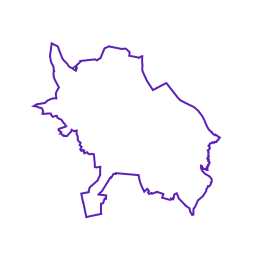 Hamilton City, Waikato, New Zealand (Robinson projection), rotated 349°
{"feature_id": "76426892B9049934298416", "entity_name": "Hamilton City", "entity_type": "district", "adm_level": 2, "iso_a3": "NZL", "parent_name": "New Zealand", "parent_adm1": "Waikato", "projection": "robinson", "projection_center": [175.284, -37.773], "detail": "fine", "context": "isolated", "style": "outline", "palette": "violet", "viewbox_px": 256, "rotation_deg": 349, "n_neighbors": 0, "source": "geoboundaries", "source_scale": "gbopen_adm2", "svg_char_len": 5574}
<svg xmlns="http://www.w3.org/2000/svg" viewBox="0 0 256 256"><g transform="rotate(349 128 128)"><path d="M69.7,192.2L69.9,192.2L70.1,207.5L76.4,207.3L85.3,207.2L85.4,205.1L87.1,197.1L89.2,197.1L91.6,192.8L92.8,193.4L93.7,190.0L86.5,187.7L87.1,187.1L90.2,185.2L90.8,184.7L91.7,183.6L101.4,173.1L102.0,173.6L104.0,171.5L104.0,171.4L104.4,170.9L104.6,170.7L105.2,170.2L107.2,170.8L107.6,170.0L129.4,176.3L129.4,180.3L129.4,181.5L129.5,182.6L129.7,185.0L130.0,186.4L130.6,189.1L131.8,193.6L135.3,191.4L136.6,193.9L135.4,195.0L136.0,196.7L138.7,196.3L139.0,197.1L144.4,196.2L144.5,196.6L144.9,196.6L150.1,199.5L148.2,202.9L155.6,206.6L156.4,206.4L156.8,205.5L157.6,206.3L158.5,206.6L158.7,206.0L158.7,205.8L159.0,205.9L159.3,205.3L159.6,205.4L160.3,203.0L160.9,202.1L162.3,201.6L163.4,201.4L164.4,206.7L164.4,206.8L164.6,207.1L168.2,212.7L168.6,213.3L169.4,214.7L169.5,214.6L170.3,215.9L172.5,217.9L173.0,218.7L173.1,219.6L173.1,221.3L173.0,221.6L174.4,225.6L175.3,225.3L175.7,225.4L176.7,220.2L179.3,217.6L182.8,212.4L188.8,209.0L192.8,204.7L193.2,203.2L194.5,201.8L195.4,200.3L196.3,200.8L196.4,200.6L197.5,200.0L198.0,199.6L198.2,199.3L198.7,198.6L199.3,197.7L199.5,197.3L199.4,197.2L199.6,197.1L199.9,196.5L200.3,195.1L200.3,194.4L200.1,193.6L199.7,192.7L199.4,192.1L198.8,191.1L198.4,190.8L198.4,190.7L197.3,189.7L195.6,188.3L195.0,187.8L194.6,187.3L193.3,185.1L192.6,183.7L192.3,183.0L192.2,182.3L192.1,180.8L192.2,180.2L192.3,179.6L192.5,178.8L192.8,178.9L193.0,179.0L193.4,179.8L193.5,180.3L193.5,180.8L193.6,181.1L193.9,181.6L194.2,182.5L194.5,182.7L195.1,182.8L195.7,182.7L196.2,182.7L196.4,182.9L196.4,183.4L196.7,183.9L197.2,184.3L197.6,184.4L197.8,184.4L197.6,184.1L197.8,183.7L197.7,183.3L197.9,183.2L198.2,183.1L198.3,182.8L198.2,182.4L198.4,182.2L198.2,182.0L198.1,181.8L198.6,181.6L198.6,181.3L198.4,181.2L198.3,180.9L198.7,180.7L199.3,180.6L199.5,180.5L199.5,180.3L199.4,180.2L199.5,179.8L199.9,179.7L199.8,179.3L199.8,179.1L200.0,179.0L200.8,178.7L201.0,178.5L201.1,178.3L201.0,177.9L201.2,177.5L201.3,177.3L201.5,177.2L201.3,176.9L201.3,176.6L201.2,176.5L200.8,176.1L200.4,175.8L200.5,175.7L201.0,175.5L201.0,175.2L201.2,174.9L201.3,174.6L200.8,174.5L200.5,174.1L200.2,174.0L200.2,173.8L200.5,173.3L200.5,173.2L200.2,173.0L200.1,172.8L200.4,172.3L200.5,172.2L200.8,172.3L201.4,172.3L201.6,172.2L201.8,171.6L201.7,171.3L201.6,171.1L201.8,170.9L201.9,170.7L201.6,170.3L201.6,169.9L201.8,169.5L201.8,169.2L202.0,168.9L202.1,168.4L202.2,168.1L202.3,167.8L202.5,167.5L202.6,167.3L202.6,167.1L202.3,167.0L202.1,166.8L202.2,166.4L202.4,166.1L202.4,165.5L202.5,165.3L202.3,165.1L202.6,165.0L203.2,164.8L203.3,164.7L203.4,164.4L203.6,164.3L203.7,164.1L204.1,164.0L204.2,163.8L204.3,163.8L204.6,163.0L204.5,162.3L204.2,162.0L204.1,161.4L203.6,161.1L203.6,160.8L203.7,160.7L204.3,160.7L204.5,160.6L204.6,160.1L205.0,159.8L205.2,159.5L205.3,159.0L205.6,158.8L205.9,158.8L206.4,158.9L206.6,158.9L206.9,158.7L207.3,158.7L207.6,158.3L207.9,158.2L208.2,158.3L208.8,158.6L208.7,158.3L208.8,158.2L209.2,158.3L209.7,158.6L209.9,158.6L210.2,158.3L210.4,158.3L210.8,158.5L211.2,158.4L211.7,158.6L212.1,158.6L212.4,158.4L212.4,158.0L212.6,157.7L212.9,157.5L213.4,157.4L213.9,157.0L214.4,156.7L214.7,156.3L215.0,156.1L215.1,155.8L215.3,155.7L215.4,155.3L215.5,155.1L216.2,154.9L212.6,151.2L212.0,151.7L211.4,151.2L210.0,149.6L209.2,148.3L209.5,148.0L208.2,146.7L206.8,144.4L206.3,142.9L206.0,142.2L204.1,133.4L203.1,130.4L201.8,127.8L200.6,125.4L200.4,124.7L200.1,124.3L196.7,120.0L196.1,119.5L194.0,118.0L187.7,113.2L186.1,111.8L185.2,111.2L184.4,110.4L182.6,107.6L174.3,91.3L173.9,91.2L159.7,95.5L155.5,85.1L153.1,74.9L153.1,73.5L154.4,68.0L154.2,67.7L155.4,61.1L155.8,60.3L155.4,60.1L152.0,61.3L151.7,60.8L143.0,57.3L143.4,56.4L144.0,53.8L141.4,50.2L140.8,49.6L136.9,49.2L125.9,44.7L125.7,44.5L125.4,44.2L120.2,45.3L114.2,54.3L112.8,54.5L110.4,55.7L108.6,54.3L95.0,53.2L95.1,53.3L93.5,54.1L88.5,57.3L87.6,57.7L88.5,57.9L88.8,58.1L89.3,58.7L89.2,58.9L89.2,59.2L88.9,59.2L88.7,59.1L88.7,59.5L88.2,59.9L88.3,60.1L88.3,60.4L88.4,60.6L88.3,60.8L88.0,61.4L87.7,61.8L87.1,61.1L85.8,60.0L84.8,58.8L84.1,58.2L82.5,57.2L82.0,56.6L81.3,55.3L80.7,53.7L80.0,52.4L77.9,49.4L77.1,47.7L76.8,46.8L76.6,45.7L76.3,44.1L76.0,42.6L75.3,38.9L74.9,35.6L74.7,34.9L74.5,34.5L73.6,33.7L71.6,32.3L70.2,31.0L69.2,30.4L65.1,42.7L65.1,48.6L66.3,52.9L66.5,54.3L66.4,55.7L66.1,57.2L66.4,58.1L65.9,58.3L65.1,61.0L65.0,62.6L65.0,64.9L65.6,67.5L67.9,75.0L64.4,79.1L63.9,80.2L63.6,81.2L63.3,85.3L60.6,84.6L59.6,84.7L57.1,85.0L54.7,85.6L54.3,85.7L51.6,87.4L51.2,87.6L43.1,87.3L39.8,88.5L43.1,89.7L44.3,90.9L45.5,91.2L47.3,92.3L47.9,95.4L46.7,97.7L47.0,98.0L48.8,98.1L52.8,98.6L55.0,99.1L55.4,101.4L55.8,101.7L56.4,102.7L59.9,102.3L60.4,102.4L60.6,104.1L60.7,104.4L62.1,105.8L62.5,106.0L63.5,106.6L64.3,107.4L65.7,110.6L66.6,111.9L67.4,114.2L67.7,114.4L67.4,114.7L59.8,115.7L59.4,116.9L61.6,119.3L61.1,119.9L61.4,119.8L61.3,120.8L62.4,122.5L62.7,122.4L63.0,122.9L63.9,123.2L63.7,123.6L66.4,124.3L71.4,120.7L72.3,119.0L74.6,120.9L77.1,120.7L76.4,124.1L77.0,127.0L76.4,130.0L77.0,131.7L78.1,132.6L78.6,133.6L78.6,133.8L77.4,135.2L77.3,135.6L77.5,135.7L78.9,137.8L77.1,139.6L77.4,141.1L78.0,141.5L78.4,141.0L79.4,140.9L79.7,141.2L79.7,141.7L80.6,141.8L80.2,142.7L80.1,143.4L80.3,144.6L83.0,143.9L84.0,145.2L84.0,145.6L85.7,146.6L87.8,146.5L88.3,146.8L89.5,147.3L88.5,157.5L88.0,159.5L88.0,160.0L89.6,160.7L93.4,160.8L91.9,167.3L91.7,168.6L91.8,168.7L89.4,171.8L88.7,173.2L88.2,173.7L79.9,178.5L78.7,179.5L78.1,181.2L77.6,181.8L77.2,183.5L69.6,183.5L69.7,192.2Z" fill="none" stroke="#5b21b6" stroke-width="2"/></g></svg>